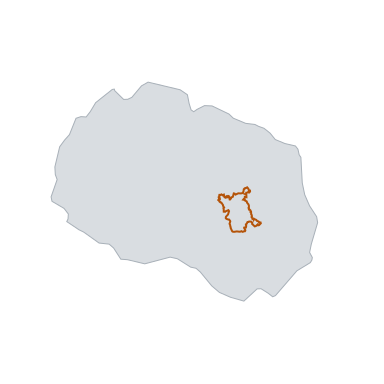 Shtip, Štip, North Macedonia (highlighted), rotated 37°
{"feature_id": "65306769B54195317631303", "entity_name": "Shtip", "entity_type": "district", "adm_level": 2, "iso_a3": "MKD", "parent_name": "North Macedonia", "parent_adm1": "Štip", "projection": "robinson", "projection_center": [22.163, 41.717], "detail": "fine", "context": "in_parent", "style": "outline", "palette": "amber", "viewbox_px": 384, "rotation_deg": 37, "n_neighbors": 0, "source": "geoboundaries", "source_scale": "gbopen_adm2", "svg_char_len": 3209}
<svg xmlns="http://www.w3.org/2000/svg" viewBox="0 0 384 384"><g transform="rotate(37 192 192)"><path d="M174.7,107.5L180.6,108.2L193.5,104.9L201.6,100.2L205.7,99.5L211.1,97.8L219.0,98.0L226.9,100.0L237.0,97.4L246.9,93.0L250.9,94.1L255.2,97.8L258.1,98.8L274.6,118.4L283.6,126.3L294.2,132.3L306.4,136.7L310.8,140.9L318.6,161.7L322.3,169.5L327.5,171.9L328.7,174.2L329.0,177.2L323.2,191.8L321.0,224.5L319.5,227.1L313.5,227.0L305.4,227.7L302.3,230.2L299.1,247.9L286.1,252.9L274.3,255.7L264.3,255.1L246.8,250.9L241.1,250.5L236.2,252.8L220.5,254.1L213.7,257.2L197.5,277.8L181.2,284.9L175.6,288.5L163.1,283.9L157.2,283.5L148.5,288.7L129.5,289.2L124.4,290.2L109.8,291.0L109.2,288.1L106.5,284.0L99.7,282.1L85.8,283.7L82.4,280.7L76.8,263.2L72.4,260.4L67.4,254.5L59.1,235.5L59.0,227.2L59.6,219.9L55.0,202.9L58.0,198.6L62.3,195.8L62.4,189.0L61.3,178.6L66.6,158.1L68.0,156.6L69.3,157.6L81.7,159.2L84.9,156.6L87.0,152.6L87.8,137.6L90.8,130.7L121.0,117.5L129.8,117.1L136.5,123.1L141.9,127.0L145.1,126.8L146.3,123.0L150.0,115.5L156.2,111.2L174.5,107.5L174.7,107.5Z" fill="#d9dde1" stroke="#a8b0b8" stroke-width="1"/><path d="M217.8,182.6L218.7,182.6L219.4,183.0L219.7,182.8L220.1,183.1L220.4,182.9L221.2,183.2L221.8,182.8L224.7,183.8L225.0,184.3L227.0,185.1L226.8,186.0L227.7,186.7L229.2,188.6L230.4,187.8L230.4,187.3L232.0,184.6L233.1,185.0L234.3,188.3L234.0,191.3L234.6,192.5L235.0,192.7L236.2,192.6L237.6,192.1L238.1,191.7L239.8,192.1L240.3,192.5L241.1,194.8L242.3,195.4L243.4,196.5L244.1,196.8L244.4,197.4L247.8,199.2L248.6,199.1L249.8,198.3L251.5,196.5L253.9,195.1L254.7,194.3L255.0,193.6L256.5,193.3L257.2,192.0L257.9,191.5L257.9,191.1L257.6,190.4L255.2,189.3L255.1,188.9L256.4,187.9L255.7,186.4L254.9,186.0L254.5,185.4L254.8,184.5L254.4,182.6L255.1,182.0L255.3,181.3L257.0,180.1L258.8,180.4L259.2,181.3L262.8,181.7L263.5,180.8L263.8,179.2L263.9,179.5L264.1,179.1L264.8,178.9L265.5,178.1L265.8,175.6L265.1,175.1L264.7,175.6L262.7,175.5L261.4,176.0L260.2,175.6L258.0,176.1L258.0,176.9L257.5,176.3L256.9,176.8L256.8,176.3L255.8,176.6L254.9,176.4L254.5,176.0L254.5,175.3L253.3,174.3L252.8,174.3L251.1,172.3L250.6,172.6L250.1,171.7L249.7,171.5L249.0,171.4L248.4,171.8L247.9,171.6L247.3,171.2L247.3,170.7L246.6,170.4L246.6,169.9L245.6,168.6L244.5,167.9L242.4,167.4L241.4,166.6L240.2,166.8L239.5,166.6L239.3,166.9L238.5,166.8L237.5,167.3L237.5,166.4L238.0,165.7L237.1,164.1L238.6,163.4L237.0,161.4L236.5,161.3L236.0,161.5L236.2,161.0L235.8,160.0L236.2,159.8L236.9,158.1L237.5,158.3L238.0,158.0L238.1,156.7L237.4,155.9L236.1,156.3L234.9,155.4L233.2,155.1L233.0,156.0L232.4,156.5L232.1,157.9L231.8,157.8L231.7,158.6L232.7,160.4L233.0,161.9L233.4,162.0L232.1,163.5L229.7,165.3L228.3,167.9L227.0,167.6L226.2,168.0L227.5,171.2L226.6,172.7L227.0,173.5L226.9,175.1L226.6,175.3L226.2,174.9L226.4,174.3L226.1,173.9L225.5,173.8L224.9,174.1L224.1,173.2L223.4,173.3L223.1,173.9L224.0,174.3L223.3,175.1L222.8,174.5L222.3,174.3L221.6,175.8L222.3,176.0L222.2,176.3L221.6,176.2L221.2,176.6L220.4,176.3L219.0,174.9L218.4,175.8L218.4,176.2L217.0,176.2L216.5,177.6L216.2,177.3L215.6,177.8L216.3,179.2L216.9,179.7L216.6,180.2L217.2,180.5L218.0,180.3L218.5,180.9L217.7,181.7L217.8,182.6Z" fill="none" stroke="#b45309" stroke-width="2"/></g></svg>